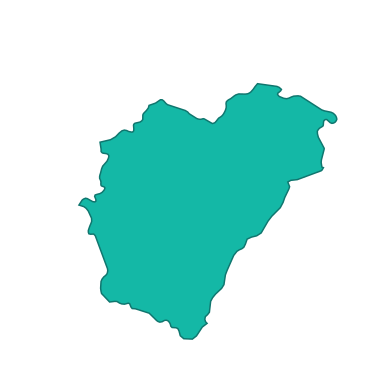 the Metropolitan department of Seien-et-Marne, rotated 208°
{"feature_id": "FRA-5342", "entity_name": "Seien-et-Marne", "entity_type": "Metropolitan department", "adm_level": 1, "iso_a3": "FRA", "parent_name": "France", "parent_adm1": "", "projection": "mercator", "projection_center": [2.98, 48.614], "detail": "fine", "context": "isolated", "style": "filled", "palette": "teal", "viewbox_px": 384, "rotation_deg": 208, "n_neighbors": 0, "source": "natural_earth", "source_scale": "10m", "svg_char_len": 3083}
<svg xmlns="http://www.w3.org/2000/svg" viewBox="0 0 384 384"><g transform="rotate(208 192 192)"><path d="M87.4,275.2L87.5,272.3L87.9,271.4L104.8,252.4L110.2,248.7L112.1,245.8L108.3,242.5L107.9,240.2L107.5,230.5L106.7,225.6L106.7,219.5L110.2,208.0L111.2,202.0L111.7,188.3L114.3,183.7L118.3,180.1L121.2,176.3L120.4,171.1L120.3,167.5L121.4,165.2L123.0,163.3L124.5,160.7L125.4,155.6L124.2,139.2L123.6,134.5L120.3,125.2L120.6,120.9L123.3,112.9L124.2,108.3L124.2,104.2L120.2,94.0L120.7,91.0L121.7,88.2L120.9,85.6L119.1,83.8L117.0,83.1L119.5,77.6L120.5,67.0L122.6,62.3L130.4,58.6L134.9,59.6L138.1,63.1L140.3,64.7L142.2,64.7L146.0,63.0L147.6,63.5L149.4,65.4L150.3,66.0L152.2,66.9L154.0,66.9L155.4,66.2L156.4,65.2L157.3,63.6L159.3,62.0L161.1,61.7L162.9,61.9L172.9,64.9L187.2,62.3L190.1,61.0L191.9,61.8L194.6,64.1L196.1,63.9L198.9,61.3L201.5,60.2L203.9,59.9L206.8,60.1L208.8,59.2L213.1,56.2L224.2,59.9L225.7,61.6L227.5,64.1L230.3,70.3L230.5,73.0L230.0,75.7L229.2,77.5L228.7,79.2L228.7,80.5L229.4,82.9L230.6,84.6L256.9,108.0L259.0,108.7L262.0,107.0L263.5,106.7L264.7,107.9L265.5,109.4L266.2,113.7L266.5,117.1L266.8,119.0L268.4,121.7L274.8,126.6L277.9,127.9L280.5,128.3L285.7,127.4L285.2,133.3L284.5,134.8L283.1,136.5L281.4,137.0L275.2,136.9L273.1,137.6L272.6,138.9L273.4,140.3L275.9,142.4L276.1,143.9L274.8,145.3L272.5,147.4L271.2,149.5L270.5,152.3L270.6,154.0L270.9,154.8L271.2,155.0L272.2,155.2L274.3,154.9L275.2,155.0L275.6,155.4L276.2,156.2L277.1,158.1L278.4,159.5L279.9,160.6L280.8,162.2L281.3,163.9L281.6,165.6L282.7,170.0L283.0,172.9L281.5,179.3L281.7,182.7L282.3,184.8L283.7,185.8L285.5,185.7L288.8,184.5L289.9,184.5L291.2,185.0L292.5,187.3L296.6,192.8L288.5,199.9L285.4,204.9L284.0,209.8L282.6,213.1L280.8,214.9L278.6,215.6L276.4,215.7L273.5,216.5L272.5,217.2L272.2,218.7L273.0,220.4L275.0,223.5L275.2,224.5L274.7,225.9L270.8,229.3L269.8,231.1L269.5,232.9L271.5,236.8L271.7,237.9L271.5,239.2L270.5,242.6L270.0,245.7L270.6,248.3L265.9,253.4L263.2,258.6L261.7,259.4L259.9,259.2L256.4,257.9L254.6,257.6L236.2,260.8L233.3,260.6L231.3,259.8L222.3,259.1L220.5,259.4L218.9,260.0L217.9,260.7L216.5,262.0L215.4,262.3L206.2,262.0L205.1,263.0L204.3,264.0L203.8,266.1L203.4,268.6L203.0,270.1L202.0,271.7L201.3,273.3L200.9,275.1L200.8,276.9L200.8,278.8L201.0,280.6L201.4,282.5L202.3,284.3L203.4,285.9L204.0,287.6L203.6,289.4L202.8,290.9L201.7,292.5L201.5,292.9L199.9,296.5L198.9,298.3L196.8,300.5L191.0,303.4L188.9,304.9L187.7,306.5L187.0,308.0L186.2,311.3L185.8,314.6L185.0,318.4L166.6,325.1L164.1,325.3L161.2,324.6L161.2,323.0L161.9,321.2L162.6,319.6L162.2,318.2L159.9,317.3L155.0,317.8L152.2,318.8L150.4,320.5L149.0,322.4L147.2,324.4L143.5,326.7L141.1,327.5L116.1,325.4L113.2,325.8L106.7,327.7L104.1,327.8L101.3,327.0L99.6,325.8L98.3,324.3L98.1,322.7L98.4,320.9L99.3,319.4L100.7,318.3L102.4,318.1L106.9,319.2L107.7,319.0L108.7,318.0L109.0,316.6L108.5,315.0L107.5,312.8L107.4,312.3L107.4,311.5L109.4,308.1L109.8,306.4L109.9,304.5L108.5,302.2L106.1,299.6L95.9,292.7L95.6,292.3L95.3,291.4L92.8,281.1L91.8,278.7L89.0,275.0L87.4,275.2Z" fill="#14b8a6" stroke="#0f766e" stroke-width="1.5"/></g></svg>